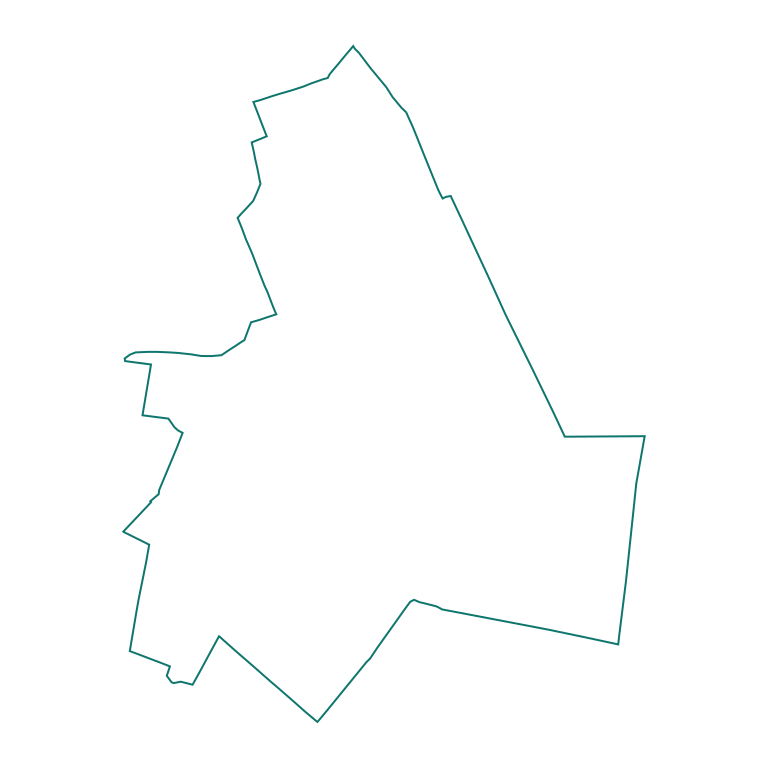 Iratosu, Arad, Romania
{"feature_id": "2599482B18379406714424", "entity_name": "Iratosu", "entity_type": "district", "adm_level": 2, "iso_a3": "ROU", "parent_name": "Romania", "parent_adm1": "Arad", "projection": "equal_earth", "projection_center": [21.188, 46.294], "detail": "fine", "context": "isolated", "style": "outline", "palette": "teal", "viewbox_px": 768, "rotation_deg": 0, "n_neighbors": 0, "source": "geoboundaries", "source_scale": "gbopen_adm2", "svg_char_len": 2086}
<svg xmlns="http://www.w3.org/2000/svg" viewBox="0 0 768 768"><path d="M618.2,644.4L619.1,636.4L623.6,600.3L626.0,581.0L634.3,502.5L636.3,483.4L644.7,436.2L564.8,436.7L555.4,416.7L553.1,411.8L549.4,404.2L532.6,369.5L508.8,321.3L505.3,314.1L489.1,278.4L460.9,217.7L450.7,196.0L445.9,196.9L442.6,198.5L440.3,194.1L438.1,189.6L424.6,156.3L413.5,128.6L406.2,112.3L401.4,107.7L392.6,97.1L386.4,87.3L370.4,68.0L361.7,56.5L359.0,52.9L354.8,48.7L353.2,46.1L350.1,49.8L345.0,55.8L339.0,63.1L334.4,68.5L329.8,74.0L327.7,78.0L323.2,79.2L311.2,83.4L304.3,86.2L301.5,87.2L290.9,90.6L281.1,93.4L272.8,95.9L266.3,98.1L259.8,100.2L253.4,102.0L257.0,111.2L260.1,119.3L260.2,119.6L263.3,127.6L266.7,136.3L260.7,138.8L251.7,142.4L254.0,152.6L255.2,159.1L256.1,162.8L257.7,170.1L259.8,180.9L260.5,183.8L256.8,192.9L253.2,200.9L246.6,208.1L240.9,214.1L237.6,217.9L241.0,226.0L243.7,233.2L246.1,239.7L248.2,244.4L252.5,254.4L255.2,261.6L255.8,263.2L259.3,272.4L262.0,279.3L264.6,285.9L267.4,291.9L269.3,296.9L271.9,303.7L274.3,309.8L276.3,314.3L268.0,317.0L259.2,320.0L251.0,322.3L250.8,323.0L247.5,331.7L244.4,340.1L242.0,341.6L240.4,342.6L234.3,346.7L231.1,348.7L221.4,355.2L211.4,356.1L201.2,356.0L191.5,354.4L177.7,352.9L167.8,352.3L157.8,351.9L147.3,351.9L135.6,352.4L130.0,354.6L124.7,358.5L125.1,361.1L151.0,364.5L142.5,415.3L168.4,418.6L174.5,427.3L178.0,430.4L182.6,432.9L177.1,447.1L159.2,490.0L158.7,494.1L150.3,501.3L151.1,502.2L130.8,523.7L123.3,531.6L123.7,532.0L149.2,544.7L145.8,563.9L138.5,599.9L136.5,611.3L129.8,651.1L159.7,662.4L169.9,666.4L166.8,675.8L171.5,682.2L173.7,683.1L180.8,681.7L192.6,684.7L199.6,672.1L207.2,658.0L219.0,636.3L219.7,636.8L235.3,650.7L253.2,666.2L270.8,681.7L274.7,685.0L289.1,697.5L301.8,708.7L305.4,711.9L316.7,721.4L317.4,721.9L318.5,720.7L327.2,710.3L366.3,662.3L370.2,658.4L377.2,647.9L404.9,609.0L410.2,601.8L414.1,599.8L419.3,602.1L425.6,603.6L436.5,606.4L440.2,608.3L442.0,609.4L549.6,629.9L550.2,630.0L556.3,631.3L592.2,638.8L594.5,639.3L606.1,641.8L611.6,643.0L613.1,643.3L617.1,644.2L618.2,644.4Z" fill="none" stroke="#0f766e" stroke-width="2"/></svg>